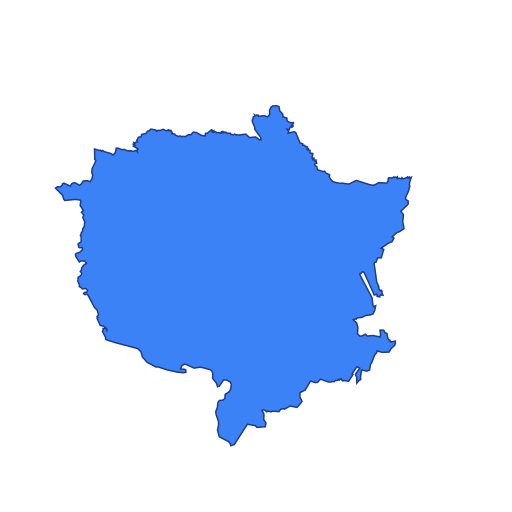 outline of Maria La Baja, Bolívar, Colombia, rotated 246°
{"feature_id": "7082276B12407148553897", "entity_name": "Maria La Baja", "entity_type": "district", "adm_level": 2, "iso_a3": "COL", "parent_name": "Colombia", "parent_adm1": "Bolívar", "projection": "robinson", "projection_center": [-75.303, 9.961], "detail": "fine", "context": "isolated", "style": "filled", "palette": "blue", "viewbox_px": 512, "rotation_deg": 246, "n_neighbors": 0, "source": "geoboundaries", "source_scale": "gbopen_adm2", "svg_char_len": 6109}
<svg xmlns="http://www.w3.org/2000/svg" viewBox="0 0 512 512"><g transform="rotate(246 256 256)"><path d="M92.9,155.8L92.6,159.5L105.8,179.7L101.2,186.5L99.4,186.9L98.9,187.6L96.2,195.1L99.6,197.2L103.3,196.5L108.2,198.9L112.7,198.8L112.2,200.9L109.2,202.5L109.8,203.4L107.5,206.3L107.6,207.9L104.5,213.7L106.0,216.4L105.2,219.3L104.5,219.7L105.1,226.1L101.2,231.6L101.2,232.5L104.4,238.9L109.5,238.8L113.3,240.7L113.5,246.4L119.6,254.9L116.3,258.6L115.5,260.7L117.3,264.8L111.6,270.7L110.3,273.4L110.2,275.1L109.4,276.1L110.0,278.1L109.3,279.3L109.7,281.6L108.8,281.5L109.1,283.9L106.9,284.1L105.6,287.2L103.9,289.5L107.7,295.6L108.4,296.4L109.3,295.9L113.8,303.2L111.3,305.1L107.5,298.7L104.1,298.6L98.9,296.4L100.3,299.2L100.6,301.4L103.4,302.5L109.0,306.2L105.8,310.3L105.5,313.2L110.5,316.6L111.3,318.1L117.2,324.1L118.8,327.2L120.0,328.0L116.6,332.2L114.1,338.5L116.3,341.5L118.1,346.5L119.4,347.7L121.6,348.7L122.7,343.9L124.6,344.1L125.5,343.1L127.1,343.0L132.0,344.1L133.6,342.5L136.3,342.6L137.8,339.1L133.5,337.8L131.6,336.4L135.8,330.5L137.6,325.1L140.1,324.1L139.9,320.4L140.5,318.3L143.7,317.1L149.5,320.1L154.1,320.7L158.2,318.9L158.2,321.2L157.5,321.9L158.3,323.2L156.9,327.5L157.0,332.0L155.6,336.8L155.6,339.5L158.0,342.3L161.9,345.1L161.9,342.9L163.4,342.8L170.6,345.0L195.9,343.3L197.7,343.8L197.5,345.1L198.3,346.9L197.0,348.1L172.2,348.2L172.0,350.8L169.9,350.3L168.3,352.4L169.7,353.4L168.6,356.1L172.2,356.1L172.5,356.8L173.6,356.8L174.1,355.2L175.4,355.0L177.2,355.0L177.7,355.7L183.1,355.7L201.3,360.9L202.0,361.9L201.6,363.2L204.8,366.4L203.4,369.7L210.1,375.4L212.2,373.4L213.8,381.8L213.8,386.2L216.2,389.3L218.1,388.2L220.1,394.1L219.9,397.2L220.7,402.3L227.6,404.0L233.7,407.5L238.0,406.6L241.5,416.1L244.4,417.4L246.8,415.8L248.9,416.7L253.3,421.8L257.4,425.0L258.6,425.0L260.9,426.4L264.8,429.9L264.7,427.7L265.9,428.0L265.8,426.3L266.6,426.4L266.3,424.8L266.7,421.7L268.2,421.2L267.4,420.3L269.1,417.9L269.1,416.7L270.8,417.3L270.5,416.1L271.3,415.7L271.5,414.0L272.1,414.0L272.0,412.0L273.4,409.3L273.2,408.4L270.4,407.0L269.6,404.7L273.1,398.1L272.7,393.7L273.1,391.6L274.5,389.4L284.3,378.3L283.9,370.1L287.6,364.3L288.5,361.7L292.7,356.3L297.3,355.1L299.0,355.4L300.2,356.3L303.5,353.5L305.6,353.2L305.9,351.5L309.9,347.1L313.0,348.0L314.2,346.8L315.7,346.8L316.3,347.5L316.0,349.1L317.8,349.5L318.5,348.7L319.1,349.8L320.5,347.4L321.1,348.6L321.9,348.7L321.7,347.3L322.4,346.9L326.5,349.6L328.2,347.2L330.6,348.3L331.8,346.5L332.3,347.1L332.6,346.5L333.0,347.1L333.2,346.5L334.5,346.7L334.8,347.2L336.0,345.8L337.3,345.4L338.2,343.8L339.4,344.4L341.5,342.2L352.8,342.5L354.0,341.4L355.2,335.5L356.0,336.4L359.2,336.0L357.8,337.7L359.9,339.6L359.9,340.5L359.0,341.0L359.3,342.5L360.1,342.8L360.6,341.7L362.2,344.4L362.8,344.3L363.4,342.1L365.9,339.8L366.9,339.4L369.5,340.3L372.2,337.2L374.7,338.2L379.1,336.7L383.1,337.8L384.8,336.1L386.3,332.2L385.9,330.4L383.6,327.6L379.6,326.1L378.5,323.0L381.0,320.4L382.6,314.9L383.5,315.1L383.5,314.2L383.8,315.0L384.6,313.9L384.3,312.8L385.3,312.2L384.5,312.2L384.0,309.9L380.9,307.4L374.2,307.2L372.1,306.4L362.2,308.6L360.1,307.8L360.7,306.5L364.9,304.1L366.8,298.3L371.5,296.2L373.7,289.1L375.2,286.6L376.0,286.2L375.9,284.6L377.4,282.5L378.4,282.6L380.2,279.3L381.0,279.1L381.0,278.2L381.9,278.1L381.9,276.6L382.9,276.5L382.2,275.8L382.5,275.0L383.0,275.1L382.7,275.8L383.5,275.4L383.3,274.3L382.4,274.0L382.6,273.4L384.0,272.2L384.6,270.2L385.8,269.8L386.1,267.8L387.4,268.4L387.0,267.0L387.4,266.4L388.4,267.4L389.4,266.8L388.0,261.2L388.6,259.8L386.4,258.2L388.1,255.6L393.2,251.6L394.7,249.1L393.2,245.6L394.4,243.8L393.8,240.0L395.1,237.9L395.2,236.6L396.5,235.6L397.0,233.5L399.4,231.4L400.4,231.4L402.0,229.0L403.1,229.8L403.7,229.1L405.4,229.3L405.7,228.0L406.6,227.7L406.3,226.9L406.9,227.0L407.0,224.8L409.6,222.6L409.6,219.6L410.6,217.8L410.4,216.7L411.0,216.5L410.6,215.8L412.2,215.2L414.7,211.6L413.8,208.7L414.2,207.7L412.7,205.2L413.6,200.9L411.7,199.7L412.3,197.0L410.2,194.1L408.4,194.1L408.8,192.4L408.2,191.6L409.2,190.6L407.8,190.4L408.0,189.4L406.2,190.5L406.3,188.0L405.8,189.1L402.0,191.6L401.5,191.5L401.2,190.4L399.7,190.0L401.2,189.6L401.6,186.1L403.5,184.0L403.1,183.6L405.2,180.4L406.8,179.3L407.7,176.7L410.4,174.1L411.4,172.2L407.6,169.5L406.4,166.5L408.6,165.2L412.9,160.0L414.8,158.8L414.6,157.4L415.8,157.1L416.1,155.9L419.4,152.0L409.8,148.0L408.6,148.5L407.7,148.0L402.3,141.7L399.0,139.9L396.3,139.8L393.2,137.5L391.3,134.7L393.4,132.6L394.8,128.8L392.9,125.7L392.3,123.7L396.7,120.3L396.9,119.3L397.1,117.4L395.5,114.7L400.7,110.1L400.6,108.5L399.3,107.5L399.0,105.9L398.9,104.8L400.0,102.9L399.6,100.4L390.1,104.0L386.2,103.5L384.5,103.9L381.2,113.9L378.8,117.9L377.6,118.3L373.6,115.9L367.7,116.8L366.9,114.3L363.5,115.3L361.7,113.5L356.8,113.4L353.0,111.2L351.3,108.8L348.9,107.3L348.3,105.8L347.1,105.2L346.4,104.0L344.4,104.0L340.3,102.1L339.8,101.5L339.7,98.7L338.9,98.2L336.2,97.6L335.3,98.2L334.5,100.5L332.3,100.1L331.1,96.2L331.5,92.8L330.7,91.5L328.7,91.2L322.4,92.2L322.6,94.4L320.9,97.5L318.4,98.2L317.9,95.4L316.1,92.0L314.5,91.0L313.2,89.1L311.5,90.0L309.4,88.3L308.9,84.9L305.2,82.9L301.5,83.0L299.8,82.1L298.6,83.3L296.5,83.9L295.7,87.1L293.3,88.2L291.8,87.0L292.5,84.4L291.7,83.1L290.3,84.0L289.5,86.5L274.3,87.6L271.3,88.9L266.8,88.3L265.8,87.4L265.4,86.2L264.5,85.9L263.9,86.5L263.4,85.4L255.8,85.5L253.8,88.4L250.4,89.9L249.3,89.8L248.7,89.4L251.1,89.3L252.0,86.8L250.8,86.5L249.5,85.0L243.0,85.5L241.3,84.8L240.5,85.0L234.1,92.2L219.6,110.2L215.5,111.9L209.9,111.2L203.4,113.2L195.4,119.3L194.4,121.6L188.2,128.4L181.9,136.9L179.0,141.9L178.2,144.6L180.5,145.5L181.7,144.5L183.5,141.0L185.8,143.4L186.4,146.2L185.2,148.2L178.8,153.8L177.0,160.2L170.7,168.0L168.9,168.9L166.3,168.8L162.0,166.6L156.3,168.1L152.2,167.7L152.0,169.5L156.0,175.9L154.5,178.9L151.3,181.2L148.7,181.3L144.0,178.1L142.9,176.0L142.1,171.5L138.8,169.8L138.1,168.5L137.9,166.4L138.9,163.9L138.6,163.1L137.3,161.4L133.5,159.2L130.2,155.9L127.5,155.1L120.0,154.4L116.7,153.0L112.6,150.0L105.8,148.9L97.5,155.5L95.2,156.1L92.9,155.8Z" fill="#3b82f6" stroke="#1e3a8a" stroke-width="1.5"/></g></svg>